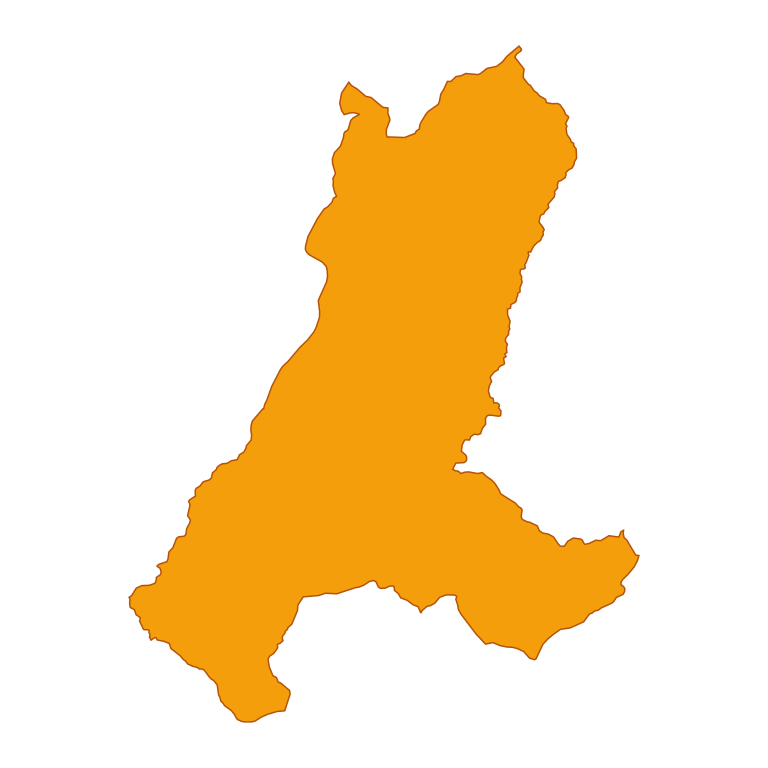 Chameza, Casanare, Colombia (Albers equal-area conic projection)
{"feature_id": "7082276B78466873958700", "entity_name": "Chameza", "entity_type": "district", "adm_level": 2, "iso_a3": "COL", "parent_name": "Colombia", "parent_adm1": "Casanare", "projection": "albers", "projection_center": [-72.863, 5.238], "detail": "fine", "context": "isolated", "style": "filled", "palette": "amber", "viewbox_px": 768, "rotation_deg": 0, "n_neighbors": 0, "source": "geoboundaries", "source_scale": "gbopen_adm2", "svg_char_len": 6087}
<svg xmlns="http://www.w3.org/2000/svg" viewBox="0 0 768 768"><path d="M284.7,710.8L290.1,694.1L289.6,690.5L280.4,682.8L278.1,682.0L276.5,677.5L272.9,675.7L269.5,667.4L268.2,660.8L268.3,658.4L269.7,656.1L273.6,653.5L276.7,649.4L277.7,647.7L277.3,645.0L277.9,644.2L280.2,643.2L283.0,640.7L282.3,638.4L282.5,636.1L284.9,633.3L285.4,631.1L287.5,629.4L287.8,627.7L291.8,624.2L297.5,610.5L297.9,605.0L303.2,596.9L318.8,595.5L325.5,593.2L336.7,593.8L355.4,587.7L359.3,587.0L363.7,585.2L369.8,581.3L374.0,580.5L376.1,582.1L378.3,586.8L380.4,588.4L385.4,588.1L389.5,586.1L393.3,586.0L394.2,587.3L394.4,590.4L398.1,593.4L400.7,597.8L407.1,600.3L413.1,604.8L418.1,606.7L420.6,612.5L421.3,612.5L421.9,610.8L427.1,606.3L430.8,605.5L434.9,603.1L439.6,597.4L444.9,595.3L448.0,594.8L454.6,595.1L456.5,596.1L456.7,597.0L455.8,599.2L457.7,605.0L458.3,609.1L460.8,613.9L475.9,633.8L485.5,644.1L492.8,642.6L500.4,645.7L506.9,647.0L512.5,647.3L517.4,648.6L523.8,651.6L529.6,658.2L534.7,659.7L536.0,658.9L542.9,644.3L547.9,638.9L553.3,634.4L560.5,629.3L569.9,628.0L583.7,621.8L589.6,613.8L592.0,613.2L594.3,611.2L598.6,610.0L601.3,607.9L611.5,603.3L613.4,601.9L616.4,597.5L623.1,594.3L624.6,591.6L624.8,588.6L623.5,586.4L621.4,585.1L620.9,583.7L621.3,581.8L622.8,579.4L628.2,574.1L634.3,566.7L637.5,560.5L638.9,555.6L635.7,555.0L626.8,540.1L624.1,537.6L623.2,533.6L623.5,530.3L620.9,531.8L619.0,536.6L618.0,537.0L609.0,535.7L600.6,540.7L595.8,540.2L589.1,543.4L585.1,544.3L584.2,543.8L582.2,540.0L580.9,539.1L573.4,538.0L567.9,541.1L564.3,546.2L560.4,546.2L558.4,544.2L553.9,537.4L552.3,536.2L548.3,534.1L542.7,533.0L539.3,530.7L537.3,525.9L529.4,522.1L527.8,522.1L522.2,519.4L521.2,516.5L522.1,510.0L521.4,508.5L518.1,506.3L515.5,503.2L500.6,493.8L499.3,490.5L495.3,483.9L491.5,479.9L486.4,476.4L482.4,472.6L477.5,473.5L468.6,471.9L464.7,472.2L460.8,473.5L458.2,471.1L455.8,470.9L452.7,469.4L455.8,463.1L464.1,462.6L466.1,461.1L466.7,459.2L466.5,456.5L465.5,454.9L461.4,451.3L462.2,444.9L464.5,440.3L465.7,439.8L469.5,440.0L470.8,436.6L474.1,434.2L478.0,434.7L480.6,433.6L482.3,428.4L485.6,424.2L485.5,418.3L487.3,415.6L490.0,415.1L498.7,416.2L500.5,415.7L500.8,414.8L500.9,410.9L498.6,407.8L499.5,405.4L499.1,404.5L497.4,403.0L493.8,402.8L493.1,398.4L490.2,397.3L488.4,391.0L489.3,386.0L491.6,381.4L490.2,377.7L490.5,376.6L494.2,372.0L498.1,369.7L498.6,367.8L500.1,366.1L504.0,364.3L504.5,363.4L503.6,358.7L503.9,357.7L505.5,357.2L506.1,356.4L504.9,354.5L505.1,353.7L506.9,352.5L506.4,347.6L507.4,344.3L505.4,341.3L505.4,339.7L506.0,337.6L508.7,334.3L508.5,331.6L509.8,328.9L509.1,326.6L510.1,321.2L507.6,314.9L507.5,309.1L510.5,308.2L510.9,304.5L515.2,302.3L516.4,300.5L516.6,297.9L517.7,295.6L517.6,293.5L520.1,291.8L519.9,287.7L522.1,282.2L521.4,279.0L521.7,276.8L520.0,273.5L520.3,270.1L521.4,269.1L524.2,268.9L525.2,268.0L524.8,264.5L526.1,262.6L528.9,255.1L528.0,252.5L528.7,251.8L530.6,252.1L533.6,246.2L537.4,242.4L540.4,240.6L541.9,236.9L543.3,235.2L543.0,232.0L544.2,229.8L543.2,227.6L539.0,222.1L540.2,216.3L541.5,214.7L543.8,213.8L545.0,211.3L548.4,208.1L548.8,207.5L547.9,204.4L554.3,196.8L554.9,193.9L554.3,191.8L557.6,188.0L557.4,184.6L558.5,181.4L561.0,180.5L565.1,177.7L566.0,174.9L565.8,172.7L568.4,170.0L572.2,167.9L574.0,164.5L574.5,161.7L576.6,158.2L576.1,148.8L573.6,145.7L573.8,143.9L573.2,143.0L571.3,141.9L570.1,138.9L566.9,134.3L566.1,128.2L567.0,126.2L565.5,123.9L568.6,117.5L568.2,116.3L565.6,114.5L564.1,110.5L559.8,104.5L557.4,103.5L552.3,103.7L546.5,102.7L545.5,99.3L539.4,95.8L536.9,92.7L534.3,91.2L530.2,85.2L528.5,84.4L523.4,77.9L523.2,75.8L524.1,69.2L514.8,57.2L516.8,53.9L521.4,50.5L521.2,48.8L519.0,46.1L506.8,56.4L502.6,61.7L496.8,66.3L487.0,68.4L480.5,73.5L478.0,74.6L465.7,73.5L461.0,75.8L456.0,76.6L451.0,81.4L447.4,81.4L443.6,89.7L440.8,94.1L439.4,101.5L438.1,104.5L428.4,111.3L425.9,114.2L420.8,122.6L419.8,125.2L419.3,129.0L416.3,131.0L415.1,133.4L404.6,137.5L387.0,136.9L386.2,133.7L386.5,129.1L389.9,120.1L389.5,117.6L387.9,113.7L388.0,108.0L382.8,107.3L371.1,97.5L365.7,96.3L357.4,89.2L351.4,85.5L348.8,82.2L341.6,93.0L339.7,103.3L341.5,110.3L344.2,114.6L350.2,112.9L353.6,112.7L358.8,113.9L359.2,114.5L353.2,117.9L350.7,120.5L348.2,129.4L346.7,130.9L344.9,131.8L344.0,133.5L343.3,138.0L340.4,146.2L334.4,152.7L332.4,158.9L332.6,163.7L335.3,172.9L335.1,174.4L332.9,178.4L333.4,182.0L333.0,185.7L334.8,192.7L336.6,196.2L333.3,198.4L332.0,202.2L327.3,207.2L324.2,208.9L317.5,218.5L307.9,236.7L305.5,246.5L305.4,249.5L306.8,252.3L309.4,254.9L322.3,262.1L326.2,266.4L327.2,270.2L327.5,276.6L326.6,281.8L318.3,300.4L319.6,311.5L319.5,317.3L316.3,327.0L313.9,331.9L307.7,339.8L299.7,347.6L288.2,361.2L282.2,366.9L280.0,370.4L271.8,386.3L266.8,400.2L264.8,404.1L263.6,408.9L262.8,408.8L252.3,421.1L251.1,425.6L250.9,430.3L251.6,435.2L251.1,440.1L246.4,445.7L246.0,448.0L243.9,452.0L239.5,454.7L237.5,459.1L236.7,459.8L231.4,460.7L227.2,463.3L222.3,463.8L219.7,465.1L217.2,467.2L216.0,469.9L212.5,472.8L211.3,478.2L208.8,480.1L203.2,481.8L200.1,485.9L196.1,488.4L195.2,490.5L195.4,496.1L189.5,499.9L188.6,501.5L189.7,503.7L189.9,505.5L187.6,515.7L190.4,520.0L189.6,523.2L186.7,528.5L185.8,534.7L184.1,536.2L178.9,536.8L177.3,537.6L176.3,538.9L173.0,547.5L168.9,552.0L168.0,558.9L166.9,561.6L159.5,564.1L157.4,565.4L157.1,566.3L160.1,568.4L161.2,572.3L160.5,574.6L156.4,577.4L156.2,580.2L155.4,582.4L154.5,583.5L149.2,585.3L141.8,585.6L136.3,588.1L131.7,595.5L129.1,597.3L130.0,599.1L129.6,603.3L130.2,607.4L134.4,609.7L136.1,614.7L140.3,617.7L139.6,621.2L143.4,629.1L144.1,629.7L148.1,629.8L149.1,630.4L149.0,632.8L150.1,634.7L149.4,637.3L150.4,638.3L150.5,639.5L151.1,640.1L154.6,637.7L156.0,637.6L157.3,640.0L163.9,641.3L169.3,643.5L170.9,648.5L180.1,655.7L183.4,659.6L185.6,661.1L187.5,663.8L192.7,666.3L197.1,667.4L199.6,669.1L202.1,669.0L204.3,670.2L209.2,676.9L211.4,679.2L213.8,680.6L217.2,684.9L218.6,694.9L220.0,697.6L220.8,701.1L222.9,703.0L224.6,705.7L231.4,710.6L234.4,714.4L236.7,718.7L238.2,719.9L241.9,721.5L245.0,721.9L252.4,721.8L255.4,720.9L260.9,717.3L267.6,714.3L277.0,711.5L284.7,710.8Z" fill="#f59e0b" stroke="#b45309" stroke-width="1.5"/></svg>